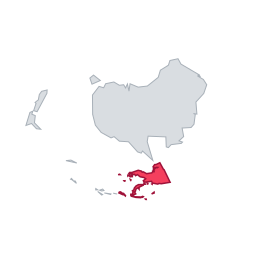 Papua New Guinea on a map of Oceania (orthographic projection), rotated 153°
{"feature_id": "PNG", "entity_name": "Papua New Guinea", "entity_type": "country or territory", "adm_level": 0, "iso_a3": "PNG", "parent_name": "Oceania", "parent_adm1": "", "projection": "orthographic", "projection_center": [148.76, -6.492], "detail": "medium", "context": "in_parent", "style": "filled", "palette": "rose", "viewbox_px": 256, "rotation_deg": 153, "n_neighbors": 5, "source": "natural_earth", "source_scale": "50m", "svg_char_len": 3452}
<svg xmlns="http://www.w3.org/2000/svg" viewBox="0 0 256 256"><g transform="rotate(153 128 128)"><path d="M200.6,106.4L202.4,108.4L201.3,108.8L200.6,106.4ZM200.8,105.9L199.0,104.6L199.1,102.1L200.8,105.9Z" fill="#d9dde1" stroke="#a8b0b8" stroke-width="1"/><path d="M189.5,120.0L198.1,127.1L193.4,125.3L189.5,120.0Z" fill="#d9dde1" stroke="#a8b0b8" stroke-width="1"/><path d="M184.9,87.5L184.2,88.7L183.0,86.6L184.9,87.5ZM181.9,80.2L183.8,85.2L180.8,80.2L181.9,80.2ZM181.5,85.5L178.3,85.1L177.8,83.2L180.0,83.8L181.5,85.5ZM173.6,76.6L178.6,80.9L173.1,77.0L173.6,76.6ZM169.5,75.5L170.8,76.7L167.6,74.1L169.5,75.5Z" fill="#d9dde1" stroke="#a8b0b8" stroke-width="1"/><path d="M217.8,176.6L208.3,186.4L205.2,186.2L207.4,184.0L205.0,181.1L209.0,175.1L206.3,166.5L209.9,168.9L211.9,175.8L217.8,176.6ZM184.5,195.7L201.6,183.8L204.2,186.3L198.8,191.6L199.2,193.0L195.1,193.8L191.8,198.1L188.3,199.9L182.8,198.6L184.5,195.7Z" fill="#d9dde1" stroke="#a8b0b8" stroke-width="1"/><path d="M131.1,182.9L140.2,183.4L139.3,189.8L134.7,190.8L131.1,182.9ZM78.1,159.4L72.9,164.8L63.5,165.6L60.0,169.1L52.0,167.0L51.8,160.9L40.1,142.5L41.6,143.8L40.0,140.9L42.5,142.9L38.8,137.0L38.2,130.8L44.8,124.4L55.7,120.3L60.3,109.1L63.1,111.2L61.8,109.7L67.5,101.4L71.6,99.8L79.8,103.4L82.3,95.1L88.4,93.4L85.8,90.7L87.5,90.1L97.1,93.6L100.9,92.2L102.5,93.8L98.3,102.9L113.8,111.6L117.1,107.1L120.6,87.8L125.5,100.9L127.6,99.6L130.3,102.3L133.8,115.5L141.7,120.2L144.3,126.6L147.6,126.9L153.9,136.2L155.8,145.3L153.3,156.2L144.7,173.5L134.9,178.2L131.4,174.9L127.8,177.6L119.7,175.4L116.3,170.0L112.2,168.5L112.0,164.8L108.5,167.5L110.4,160.4L106.1,166.5L100.4,159.8L91.7,156.6L78.1,159.4Z" fill="#d9dde1" stroke="#a8b0b8" stroke-width="1"/><path d="M115.4,82.6L115.2,75.1L114.8,74.6L115.1,60.5L123.6,63.2L125.5,64.5L126.9,64.5L131.3,67.9L131.2,69.8L137.4,72.0L138.2,72.9L138.3,74.1L135.3,74.7L136.1,76.5L139.3,79.0L140.8,82.2L142.9,82.1L143.1,83.7L145.6,84.4L144.7,84.8L145.1,85.5L148.4,86.2L147.0,86.5L147.7,87.2L146.6,87.6L144.7,86.6L138.1,85.7L135.5,83.4L135.4,82.2L134.2,81.9L132.2,78.9L127.1,77.2L125.9,77.9L124.2,76.9L125.2,78.5L123.8,78.7L124.1,79.4L120.5,79.9L119.9,79.3L119.4,79.4L120.3,80.0L122.4,80.3L123.3,82.0L120.9,83.3L119.5,82.7L115.4,82.6ZM151.0,65.8L152.7,65.8L153.7,66.3L153.5,67.9L152.3,68.7L152.6,70.0L150.7,70.3L149.7,71.6L147.2,72.7L144.4,72.8L140.0,70.7L140.3,70.1L145.0,70.2L145.9,68.5L146.2,70.2L148.6,70.0L150.1,68.3L151.2,68.1L151.0,65.8ZM165.6,74.3L164.8,74.9L163.5,74.4L163.1,73.0L161.6,71.7L161.5,70.1L162.7,70.7L165.6,74.3ZM155.6,67.7L154.8,67.3L154.6,65.6L153.3,63.7L148.1,60.8L148.4,60.2L152.5,62.6L155.8,65.5L156.2,66.3L155.6,67.7ZM134.2,58.2L136.9,58.5L133.9,59.0L134.2,58.2ZM147.3,83.2L148.2,83.5L148.5,84.3L147.0,84.2L147.3,83.2ZM147.1,60.5L146.1,60.5L145.5,59.9L146.4,59.6L147.0,59.9L147.1,60.5ZM149.1,85.5L149.9,85.3L149.6,86.1L148.7,85.7L148.1,84.4L149.1,85.5ZM154.0,82.1L155.4,82.3L155.5,82.8L154.0,82.1ZM156.2,90.0L158.0,90.9L156.4,90.6L156.2,90.0ZM138.9,71.3L138.1,70.6L138.1,70.1L139.0,70.5L138.9,71.3ZM146.7,83.7L145.9,83.3L146.2,82.7L146.6,82.9L146.7,83.7ZM161.2,70.0L160.9,68.9L161.2,68.6L161.5,69.3L161.2,70.0ZM136.0,69.9L135.5,69.5L135.9,69.1L136.1,69.3L136.0,69.9ZM144.8,56.8L144.1,56.5L144.2,56.1L144.7,56.4L144.8,56.8ZM132.2,67.3L131.7,67.3L132.0,66.9L132.2,67.3ZM149.3,81.1L148.9,80.4L149.3,80.1L149.4,80.6L149.3,81.1ZM123.6,80.5L124.1,81.0L122.8,80.2L123.6,80.5Z" fill="#f43f5e" stroke="#9f1239" stroke-width="1.5"/></g></svg>